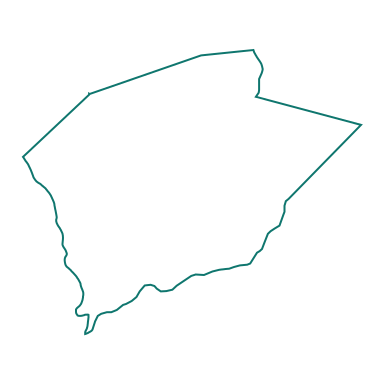 Bois D'Inde, Choiseul, Saint Lucia (orthographic projection)
{"feature_id": "8701671B38315544372764", "entity_name": "Bois D'Inde", "entity_type": "district", "adm_level": 2, "iso_a3": "LCA", "parent_name": "Saint Lucia", "parent_adm1": "Choiseul", "projection": "orthographic", "projection_center": [-61.052, 13.804], "detail": "fine", "context": "isolated", "style": "outline", "palette": "teal", "viewbox_px": 384, "rotation_deg": 0, "n_neighbors": 0, "source": "geoboundaries", "source_scale": "gbopen_adm2", "svg_char_len": 5566}
<svg xmlns="http://www.w3.org/2000/svg" viewBox="0 0 384 384"><path d="M201.1,55.4L89.9,93.9L89.6,94.0L89.1,93.7L89.1,94.7L23.0,156.9L23.3,157.3L23.6,157.7L23.9,158.2L24.2,158.6L24.5,159.2L24.8,159.7L25.1,160.1L25.4,160.5L25.6,161.0L25.9,161.4L26.3,161.7L26.5,162.1L26.9,162.6L27.2,163.0L27.5,163.5L27.8,163.9L28.1,164.3L28.3,164.7L28.5,165.2L28.7,165.7L29.0,166.2L29.2,166.6L29.4,167.1L29.6,167.6L29.9,168.0L30.1,168.5L30.3,169.0L30.5,169.4L30.7,169.8L30.9,170.3L31.1,170.8L31.3,171.3L31.5,171.8L31.7,172.3L31.9,172.8L32.1,173.3L32.3,173.8L32.4,174.3L32.6,174.7L32.8,175.2L33.0,175.8L33.2,176.3L33.3,176.8L33.5,177.2L33.7,177.7L34.0,178.1L34.4,178.7L34.6,179.0L34.9,179.5L35.3,180.0L35.5,180.3L35.9,180.7L36.2,181.1L36.5,181.5L37.0,181.8L37.4,182.1L37.8,182.4L38.3,182.8L38.7,183.0L39.2,183.3L39.6,183.5L40.1,183.8L40.5,184.1L40.9,184.4L41.3,184.8L41.7,185.2L42.1,185.6L42.5,185.9L43.0,186.2L43.4,186.7L43.7,186.9L44.1,187.2L44.5,187.5L44.9,187.9L45.3,188.2L45.7,188.6L46.0,189.1L46.4,189.6L46.9,190.1L47.1,190.4L47.4,190.9L47.7,191.2L48.0,191.6L48.4,192.0L48.8,192.5L49.1,192.9L49.5,193.4L49.8,193.9L50.1,194.4L50.4,194.8L50.7,195.3L51.0,195.8L51.2,196.4L51.4,196.8L51.7,197.3L51.9,197.8L52.2,198.5L52.4,199.0L52.7,199.5L52.9,200.0L53.1,200.5L53.3,201.0L53.6,201.6L53.8,202.2L54.0,202.8L54.2,203.3L54.3,203.9L54.4,204.4L54.4,204.9L54.5,205.5L54.6,206.1L54.7,206.4L54.8,207.0L54.9,207.5L55.0,208.1L55.1,208.6L55.2,209.1L55.3,209.7L55.5,210.4L55.6,210.9L55.7,211.4L55.8,212.0L55.9,212.5L56.0,213.0L56.1,213.5L56.2,214.1L56.3,214.6L56.4,215.2L56.5,215.8L56.6,216.4L56.7,217.2L56.7,217.6L56.6,218.2L56.5,218.6L56.4,219.1L56.2,219.6L56.2,220.1L56.2,220.6L56.2,221.1L56.3,221.6L56.5,222.2L56.6,222.8L56.8,223.2L57.0,223.7L57.3,224.2L57.5,224.7L57.8,225.2L58.0,225.6L58.3,226.1L58.7,226.6L59.0,227.1L59.3,227.5L59.6,227.9L59.9,228.3L60.1,228.8L60.4,229.3L60.7,229.8L61.0,230.3L61.2,230.8L61.4,231.3L61.6,231.7L61.9,232.2L62.1,232.8L62.4,233.3L62.5,233.7L62.6,234.3L62.7,234.8L62.8,235.3L62.9,235.9L62.9,236.4L62.9,236.9L63.0,237.7L63.0,238.2L62.9,238.8L62.9,239.3L62.9,239.8L62.8,240.3L62.8,240.8L62.7,241.3L62.7,241.9L62.6,242.4L62.6,243.0L62.5,243.5L62.5,244.0L62.5,244.6L62.6,245.1L62.8,245.5L63.0,246.0L63.2,246.5L63.5,246.9L63.7,247.4L64.0,247.8L64.3,248.2L64.6,248.6L64.8,249.0L65.1,249.5L65.5,250.1L65.7,250.5L65.9,251.0L66.1,251.6L66.3,252.1L66.5,252.5L66.6,253.0L66.8,253.6L66.8,254.1L66.7,254.6L66.5,255.1L66.3,255.6L66.0,256.0L65.7,256.4L65.5,256.8L65.2,257.2L65.1,257.7L64.9,258.1L64.8,258.7L64.7,259.2L64.7,259.6L64.7,260.2L64.7,260.7L64.8,261.2L64.8,261.7L64.9,262.2L65.0,262.7L65.1,263.2L65.2,263.6L65.3,264.1L65.5,264.6L65.7,265.2L66.0,265.7L66.3,266.1L66.6,266.6L67.0,266.9L67.4,267.3L67.8,267.6L68.4,268.0L68.8,268.4L69.3,268.9L69.7,269.3L70.1,269.6L70.5,269.9L70.9,270.4L71.2,270.8L71.6,271.3L72.0,271.7L72.4,272.0L72.8,272.5L73.1,272.7L73.4,273.1L73.8,273.5L74.3,274.1L74.7,274.5L75.2,275.1L75.6,275.5L76.0,276.0L76.4,276.5L76.6,276.9L77.0,277.3L77.2,277.8L77.5,278.3L77.9,278.7L78.2,279.2L78.5,279.7L78.7,280.1L79.0,280.7L79.3,281.2L79.6,281.7L79.8,282.1L80.1,282.7L80.3,283.1L80.5,283.7L80.6,284.3L80.6,284.7L80.7,285.3L80.9,285.9L81.0,286.4L81.2,286.9L81.4,287.5L81.6,288.1L81.9,288.7L82.1,289.2L82.4,289.9L82.5,290.3L82.7,290.8L82.9,291.3L83.1,291.9L83.2,292.5L83.3,292.9L83.3,293.4L83.3,294.0L83.3,294.5L83.3,294.9L83.2,295.6L83.1,296.0L83.0,296.6L83.0,297.3L82.9,297.9L82.8,298.4L82.7,298.9L82.6,299.5L82.5,300.0L82.3,300.6L82.1,301.1L82.0,301.6L81.8,302.0L81.6,302.5L81.4,303.1L81.2,303.6L80.9,304.1L80.5,304.6L80.2,305.1L79.9,305.5L79.5,305.9L79.0,306.4L78.6,306.7L78.1,307.1L77.7,307.5L77.3,307.8L76.9,308.2L76.6,308.6L76.3,309.0L76.0,309.5L76.0,310.0L76.0,310.5L76.0,311.2L76.0,312.1L76.1,312.6L76.2,313.2L76.4,313.7L76.7,314.1L77.0,314.6L77.3,315.0L77.6,315.5L78.0,315.6L78.6,315.8L79.1,315.9L79.6,315.9L80.2,315.9L80.8,315.9L81.3,315.8L81.9,315.7L82.5,315.6L83.1,315.4L83.6,315.3L84.1,315.2L84.5,314.9L85.0,314.8L85.5,314.7L86.0,314.7L86.6,314.7L87.1,314.7L87.6,314.6L88.0,314.6L88.5,314.9L88.5,315.6L88.5,316.1L88.5,316.6L88.5,317.1L88.5,317.6L88.4,318.2L88.3,318.8L88.3,319.4L88.2,319.9L88.1,320.5L88.1,321.0L88.0,321.4L87.9,322.0L87.9,322.5L87.8,323.1L87.8,323.7L87.7,324.3L87.6,324.8L87.6,325.3L87.5,325.9L87.4,326.4L87.3,326.9L87.2,327.3L87.0,327.8L86.9,328.4L86.7,328.9L86.4,329.4L86.2,329.9L85.9,330.4L85.6,331.0L85.4,331.6L85.2,332.1L85.2,332.6L85.2,333.2L85.2,334.0L85.9,333.8L86.8,333.4L87.3,333.2L87.7,333.1L88.2,332.8L88.7,332.5L89.1,332.2L89.6,332.0L90.1,331.7L90.6,331.4L91.1,331.1L91.5,330.8L91.9,330.4L92.2,330.0L92.5,329.5L94.7,322.7L95.1,321.3L95.4,320.8L97.8,315.9L101.2,313.8L106.9,312.2L111.3,312.2L115.5,310.5L116.9,309.9L123.1,304.9L126.0,304.0L131.7,301.0L136.5,297.0L139.7,291.4L140.8,290.1L144.7,285.5L146.1,285.3L150.6,284.8L154.4,286.0L155.6,287.3L156.7,288.6L160.8,291.4L162.4,291.3L166.3,291.1L172.4,289.7L176.7,285.7L191.3,275.9L194.8,274.8L195.6,274.5L204.0,275.0L212.4,271.5L219.2,269.8L221.4,269.5L222.6,269.4L225.7,269.0L229.2,268.7L234.0,267.0L239.9,265.4L247.2,264.7L250.2,263.5L257.0,252.7L259.7,251.1L261.0,249.9L262.0,249.0L264.4,242.7L267.9,233.8L270.6,231.2L274.7,228.5L275.2,228.2L279.5,225.6L283.4,214.7L284.5,211.8L284.5,205.7L285.6,202.0L285.8,201.2L288.6,198.9L361.0,124.9L255.9,96.8L258.7,92.7L258.9,91.4L259.1,90.1L259.1,79.0L260.0,77.0L261.7,73.1L262.4,70.8L262.7,69.1L262.4,67.8L262.1,66.4L261.4,64.1L260.6,62.6L260.0,61.7L259.5,60.9L258.1,58.9L256.7,56.8L256.3,56.0L255.7,55.1L255.3,54.3L254.2,52.4L253.4,50.0L226.3,52.8L201.1,55.4Z" fill="none" stroke="#0f766e" stroke-width="2"/></svg>